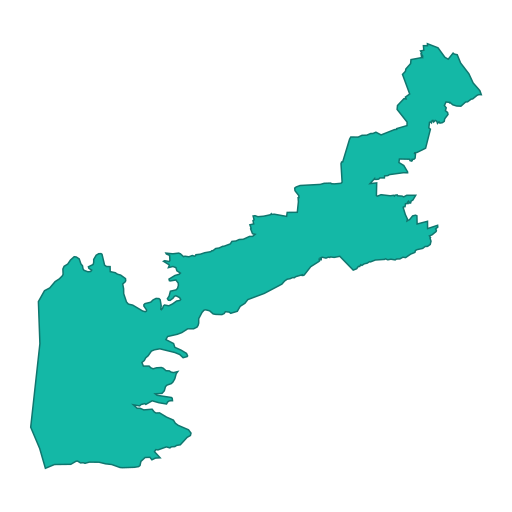 San Salvador el Verde, Puebla, Mexico (Albers equal-area conic projection)
{"feature_id": "50627088B235557174424", "entity_name": "San Salvador el Verde", "entity_type": "district", "adm_level": 2, "iso_a3": "MEX", "parent_name": "Mexico", "parent_adm1": "Puebla", "projection": "albers", "projection_center": [-98.525, 19.258], "detail": "fine", "context": "isolated", "style": "filled", "palette": "teal", "viewbox_px": 512, "rotation_deg": 0, "n_neighbors": 0, "source": "geoboundaries", "source_scale": "gbopen_adm2", "svg_char_len": 6055}
<svg xmlns="http://www.w3.org/2000/svg" viewBox="0 0 512 512"><path d="M45.4,468.3L54.5,464.5L70.8,464.3L76.1,461.2L77.6,461.1L80.5,462.9L83.2,462.7L85.0,463.3L89.3,462.1L99.0,462.2L105.5,463.8L111.7,464.5L120.0,467.5L122.4,467.7L134.4,467.3L138.6,466.6L140.0,465.5L140.9,461.4L145.1,457.5L149.9,457.3L151.9,459.8L155.4,458.1L160.1,457.8L154.5,451.7L155.8,449.6L158.0,449.9L166.4,446.9L169.9,447.9L171.4,446.8L174.8,446.6L176.7,445.4L180.3,444.8L187.1,437.4L190.4,435.5L191.0,433.1L188.5,429.8L178.1,425.3L175.3,423.2L173.4,420.1L166.5,417.1L159.6,412.9L155.9,413.0L154.2,411.9L152.1,409.2L143.8,409.9L140.1,408.3L137.1,408.3L133.4,404.8L139.6,405.9L141.1,404.5L144.8,403.6L145.8,404.4L152.2,400.8L158.8,402.7L166.5,404.0L167.7,401.9L169.5,400.8L172.5,400.7L172.2,398.2L171.4,397.5L157.0,395.3L155.2,393.8L162.0,393.4L164.3,390.8L165.5,386.6L167.0,385.1L171.3,383.6L172.9,382.1L174.8,378.8L176.2,373.7L177.7,371.6L173.6,372.6L171.1,372.1L169.3,370.9L166.0,370.7L163.2,368.2L161.3,367.5L156.5,367.8L153.1,368.8L150.8,367.8L149.1,366.1L143.4,366.1L141.9,362.5L144.3,360.5L145.7,357.8L148.1,355.8L151.4,351.1L154.4,349.8L159.8,348.8L174.8,352.5L179.7,354.5L183.1,357.7L187.1,356.6L187.6,355.9L186.5,353.4L181.0,350.1L174.8,347.3L173.6,343.6L165.9,339.6L167.6,336.5L177.3,334.3L181.8,332.6L187.7,328.8L193.6,328.8L197.0,327.1L198.1,325.3L198.7,323.1L198.7,318.7L202.0,312.4L204.1,310.1L205.6,309.8L209.6,310.8L213.1,313.9L215.7,314.4L221.9,314.6L224.2,313.5L225.4,311.7L229.2,312.1L230.7,313.3L237.3,311.3L240.2,306.3L244.9,303.3L247.8,299.6L264.3,293.4L281.9,284.1L284.6,281.0L287.2,279.2L290.1,278.7L292.5,277.6L294.4,277.7L295.6,276.7L302.1,274.8L302.0,275.4L303.0,275.5L304.2,275.0L310.7,266.7L318.7,261.6L319.6,260.8L319.2,259.4L321.2,259.7L321.3,258.4L320.4,258.0L322.1,257.2L326.0,258.1L328.4,257.1L329.8,257.5L330.3,256.9L334.2,257.4L339.8,256.3L353.2,270.1L356.6,268.8L358.4,266.4L359.7,266.5L360.7,264.7L361.9,265.4L364.3,263.8L367.1,263.2L369.5,261.7L370.5,261.9L375.4,260.0L384.6,259.4L385.4,258.8L387.8,259.8L390.9,259.2L395.2,259.9L396.5,259.0L399.9,258.9L402.9,257.2L405.6,257.6L410.7,254.1L414.9,252.4L415.4,250.6L416.8,249.7L422.7,248.4L425.1,246.5L427.5,246.4L430.2,244.5L431.0,241.2L430.0,238.1L430.5,237.6L429.4,235.9L432.1,234.8L436.1,231.5L436.4,230.3L435.6,228.9L437.8,227.1L437.6,225.3L427.6,228.6L427.5,221.3L417.1,224.0L416.9,215.8L415.5,215.2L412.6,215.9L409.7,219.5L407.0,221.0L407.4,219.0L405.3,214.5L403.2,207.6L403.4,206.9L405.0,206.7L405.5,203.7L408.1,203.5L407.5,202.3L408.5,201.2L409.8,203.1L410.6,203.0L411.1,201.1L412.9,200.0L415.7,195.3L406.7,195.3L403.7,196.9L402.0,196.1L397.6,195.8L397.2,194.9L395.0,195.2L394.4,196.1L393.5,195.3L390.4,195.8L381.0,194.7L377.3,196.2L376.4,195.5L376.7,182.9L370.0,183.6L374.5,178.7L374.5,179.4L376.5,179.4L378.7,179.1L380.0,177.9L384.4,177.9L384.6,175.9L387.8,175.6L389.5,174.6L403.4,172.7L407.6,172.8L407.6,171.9L403.8,165.5L398.9,162.5L399.4,159.0L409.7,159.2L410.0,160.6L411.6,161.1L412.3,160.6L412.0,159.4L414.0,159.2L415.1,158.1L415.5,154.0L414.5,153.4L414.7,152.8L416.9,152.5L425.6,148.2L430.4,129.2L428.8,127.8L429.5,122.3L430.7,122.0L431.5,122.8L432.2,120.5L433.0,120.4L433.7,122.0L435.2,120.4L436.8,121.3L437.5,123.4L439.0,121.8L439.9,123.1L442.3,122.7L444.2,121.4L444.7,118.8L448.0,114.5L447.6,112.5L445.4,110.7L446.2,107.8L444.4,105.5L446.0,102.0L449.9,102.4L449.8,102.9L450.5,102.9L452.8,104.8L456.6,106.0L460.9,106.2L465.6,102.0L467.6,101.8L471.0,99.2L472.7,98.9L477.1,95.3L478.9,94.6L481.3,94.7L479.9,90.7L473.1,82.9L468.9,73.8L460.6,63.0L457.2,54.7L454.3,54.1L453.1,53.1L448.2,59.2L444.9,57.3L438.0,47.8L427.4,43.7L427.5,45.7L423.4,45.7L423.8,50.3L420.5,50.9L421.7,52.8L421.0,53.5L422.7,56.0L422.6,57.2L421.4,55.9L421.7,57.6L411.0,59.6L410.6,63.6L405.9,68.9L405.4,71.3L402.5,74.4L409.7,94.0L405.4,97.1L406.1,98.9L403.9,98.7L397.5,105.5L397.1,109.4L407.1,122.1L407.0,125.6L396.7,128.6L396.7,129.4L394.5,129.6L381.1,134.9L375.9,132.2L372.9,133.5L370.7,133.5L366.7,135.2L362.0,135.3L358.2,137.1L350.8,137.0L349.6,139.1L342.7,161.9L341.6,162.0L341.0,163.7L342.1,182.2L341.0,183.3L334.3,183.9L331.3,183.7L330.8,183.1L324.1,183.3L320.4,184.4L300.1,185.5L296.1,187.0L294.7,188.1L295.0,190.7L298.8,195.6L298.9,197.6L298.1,197.7L298.4,201.8L297.3,212.3L287.2,212.4L286.6,216.4L274.3,214.2L271.3,214.4L271.2,213.9L270.2,214.8L263.7,216.2L257.9,216.7L255.0,215.7L253.1,216.0L254.1,219.8L253.0,220.6L253.7,223.9L249.9,224.8L251.1,228.2L250.6,228.8L252.5,233.7L255.1,234.3L252.6,236.4L249.6,236.4L243.2,239.3L239.2,239.5L235.9,241.0L231.9,241.4L230.3,243.9L223.9,246.3L222.7,246.3L219.1,248.0L215.7,248.5L212.9,250.7L211.9,250.7L210.7,251.7L204.8,252.7L200.3,254.2L195.9,254.7L195.5,255.7L194.4,256.2L192.3,255.5L188.9,256.8L184.9,256.2L183.6,256.7L180.4,253.8L178.7,253.1L172.7,253.8L165.9,253.1L166.4,254.0L169.6,255.4L169.9,260.5L169.2,261.5L164.6,260.7L163.5,261.3L169.0,264.7L169.3,265.4L168.4,267.6L172.9,266.5L175.9,267.6L176.9,270.8L180.4,273.1L179.3,274.2L174.9,275.5L169.0,279.1L169.4,280.7L170.4,280.9L175.9,280.0L178.2,283.0L178.4,285.4L177.5,288.4L176.0,289.9L170.4,291.2L169.1,296.1L167.4,298.7L168.4,300.2L170.1,300.4L173.0,298.2L174.3,296.4L175.9,295.7L179.6,297.6L180.7,299.4L180.0,300.4L176.6,301.0L172.6,303.9L168.8,305.8L164.5,305.0L163.3,306.1L162.7,308.1L161.4,309.7L160.8,309.3L161.2,305.8L160.2,299.8L159.0,298.6L156.1,298.4L153.1,299.9L150.7,302.2L145.0,303.6L143.9,304.7L143.9,306.1L146.6,310.0L146.4,311.1L145.3,311.7L142.6,311.0L132.7,305.1L128.4,304.1L126.5,302.0L123.7,293.7L123.6,288.7L122.7,284.0L125.2,281.8L125.7,280.7L125.5,278.6L120.7,275.1L117.5,274.2L115.2,272.7L110.2,271.6L110.1,266.6L106.5,266.5L104.6,265.2L102.0,254.3L101.0,253.6L98.7,253.7L96.2,255.2L93.7,259.4L93.7,262.4L93.1,264.5L88.4,266.8L88.9,268.4L91.7,270.1L90.7,271.5L87.9,271.8L84.0,270.3L83.0,268.8L82.5,265.8L80.9,263.9L79.2,258.9L76.3,257.0L74.2,256.7L70.5,260.0L67.7,264.1L64.1,266.3L62.9,269.0L63.1,274.4L62.3,275.9L59.3,278.9L55.1,281.6L49.8,287.9L44.5,290.7L38.4,301.6L39.9,343.7L30.7,427.2L39.7,448.5L45.4,468.3Z" fill="#14b8a6" stroke="#0f766e" stroke-width="1.5"/></svg>